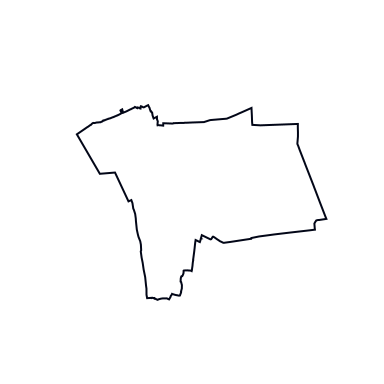 Elburg, Gelderland, Netherlands (Albers equal-area conic projection), rotated 302°
{"feature_id": "6326949B24126125821368", "entity_name": "Elburg", "entity_type": "district", "adm_level": 2, "iso_a3": "NLD", "parent_name": "Netherlands", "parent_adm1": "Gelderland", "projection": "albers", "projection_center": [5.826, 52.416], "detail": "fine", "context": "isolated", "style": "outline", "palette": "ink", "viewbox_px": 384, "rotation_deg": 302, "n_neighbors": 0, "source": "geoboundaries", "source_scale": "gbopen_adm2", "svg_char_len": 5341}
<svg xmlns="http://www.w3.org/2000/svg" viewBox="0 0 384 384"><g transform="rotate(302 192 192)"><path d="M240.4,320.2L242.2,317.7L250.9,306.1L259.4,294.9L260.2,293.8L261.6,292.0L269.8,281.0L275.6,273.2L277.0,271.4L277.5,270.7L277.8,270.2L278.3,269.7L278.6,269.2L279.0,268.7L284.9,260.8L285.7,259.8L286.7,258.5L287.2,257.9L288.6,255.9L289.1,255.6L295.1,252.5L298.8,250.2L301.8,248.2L303.5,247.1L305.0,246.2L305.8,245.7L284.8,214.7L283.1,211.6L280.9,207.6L283.3,205.8L288.2,202.5L294.8,197.9L289.6,194.4L285.6,191.7L283.6,190.3L281.1,188.7L272.7,182.7L271.2,180.8L271.1,180.6L263.3,170.2L262.5,169.2L261.8,168.6L258.0,165.4L257.7,165.2L250.7,154.8L250.0,153.8L247.8,150.6L247.2,149.6L246.7,148.9L246.4,148.7L245.1,146.7L244.8,146.1L242.6,142.9L241.9,141.8L240.6,140.0L240.6,139.9L239.9,139.5L238.5,137.1L235.1,131.2L233.0,132.4L232.6,131.6L232.2,130.6L232.0,130.2L231.5,129.4L230.7,127.6L230.4,127.4L230.6,127.2L231.2,126.8L231.9,126.5L232.8,126.0L233.6,125.7L234.3,124.9L235.1,123.8L235.4,123.6L237.2,122.4L234.0,120.5L234.7,119.6L236.2,117.8L236.5,117.6L238.0,116.3L237.9,116.2L238.5,115.1L238.8,114.5L238.7,114.4L238.5,114.2L239.5,112.9L239.7,112.7L240.0,112.3L240.8,111.5L241.0,111.1L241.5,110.2L242.0,109.4L242.4,108.8L241.5,108.2L240.5,107.6L238.4,106.4L238.1,106.0L238.0,105.8L238.0,105.7L237.9,104.7L237.9,104.0L237.9,103.9L237.6,103.2L235.5,104.1L235.3,103.4L235.8,103.2L235.7,103.0L235.6,102.7L235.0,101.6L234.8,100.9L234.6,100.9L234.4,101.0L234.1,101.1L234.0,100.7L234.0,100.0L234.0,99.3L233.9,98.5L233.5,98.4L232.9,98.2L231.5,97.3L230.9,96.9L230.4,96.6L229.8,96.3L229.5,96.0L226.5,94.2L225.7,93.7L224.8,93.1L223.5,92.1L223.1,91.9L222.7,91.6L225.1,89.0L223.9,88.3L223.7,88.5L223.2,88.2L222.9,88.6L221.6,90.5L221.2,90.3L220.9,90.2L220.7,90.1L220.3,89.9L218.1,88.6L217.9,88.5L217.6,88.1L217.3,88.1L216.7,87.6L216.3,87.3L215.9,87.1L215.6,86.8L215.3,86.6L215.0,86.4L214.8,86.2L214.4,86.0L214.1,85.9L213.9,85.6L213.6,85.4L213.4,85.3L213.3,85.2L213.1,84.9L212.7,84.7L211.3,83.7L211.1,83.5L210.9,83.4L210.7,83.1L210.4,82.9L210.1,82.6L209.9,82.4L209.8,82.2L209.4,82.1L209.2,81.9L208.5,81.3L208.4,81.2L208.2,81.1L207.8,80.8L207.5,80.6L207.4,80.5L207.2,80.2L206.9,80.1L206.7,80.0L206.6,79.9L206.4,79.9L206.0,79.5L206.0,79.3L205.9,79.1L205.8,78.9L205.7,78.8L205.3,78.7L205.2,78.7L205.0,78.8L204.9,78.8L204.8,78.7L204.7,78.6L204.4,78.5L204.2,78.5L203.8,78.2L203.6,77.9L203.4,77.8L203.0,77.7L202.9,77.6L202.6,77.4L202.2,76.8L202.0,76.4L201.9,76.3L201.2,75.5L200.9,75.1L200.8,74.8L200.5,74.4L199.2,73.2L198.7,72.6L198.5,72.2L198.4,72.0L198.3,71.7L198.2,71.6L197.9,71.4L197.7,71.3L197.4,71.2L197.0,71.0L196.5,70.9L196.2,70.8L195.7,70.8L195.4,70.7L195.2,70.6L194.9,70.3L194.7,70.2L194.1,70.0L193.4,69.7L192.3,69.3L191.9,69.0L179.9,63.8L158.6,104.2L167.7,116.4L150.4,143.1L153.0,144.8L151.0,147.4L146.8,151.0L146.1,152.1L143.3,155.4L139.7,158.4L137.7,159.8L130.9,165.1L127.4,168.5L125.6,170.4L122.8,174.2L120.2,176.6L115.6,179.8L114.5,180.0L109.6,184.1L105.8,187.7L100.6,192.1L95.0,197.4L88.3,202.6L85.9,204.6L80.7,207.9L78.2,210.2L79.8,212.4L79.8,212.5L80.1,212.9L80.3,213.1L80.5,213.3L80.6,213.7L80.6,213.8L80.9,213.9L81.2,214.3L81.3,214.4L81.3,214.5L81.3,214.8L81.4,215.0L81.5,215.2L81.7,215.5L81.9,215.8L81.8,216.1L82.0,216.1L82.2,216.3L82.2,216.5L82.0,216.8L81.8,216.8L81.8,217.0L81.9,217.4L82.1,217.9L82.1,218.5L82.2,219.0L82.3,219.4L82.4,219.6L82.3,219.8L82.7,220.1L82.8,220.3L83.0,220.4L83.6,220.8L84.0,221.2L84.2,221.4L84.3,221.5L84.9,222.0L85.2,222.3L85.6,222.8L86.2,223.5L87.8,226.0L88.1,226.5L88.4,226.9L88.5,227.2L88.6,228.6L88.7,229.0L88.8,229.5L89.0,229.5L90.4,229.4L91.4,229.4L91.8,229.3L92.4,229.1L92.5,229.1L93.0,229.1L93.6,229.2L94.0,229.2L95.0,229.1L95.0,229.3L95.3,230.2L95.7,231.8L95.8,232.1L96.3,233.6L96.5,233.8L96.9,235.2L97.0,235.4L97.1,235.6L97.3,236.0L97.5,236.3L97.8,236.6L99.3,236.3L100.9,236.0L101.9,235.5L101.9,235.4L104.1,234.7L104.6,234.6L105.8,233.9L107.5,232.9L108.0,232.5L108.1,232.4L108.3,232.1L108.7,231.7L109.2,231.2L109.4,231.0L109.7,230.7L109.9,230.5L110.0,230.3L109.9,230.2L109.9,229.9L110.0,229.8L110.1,229.7L110.7,229.4L112.5,228.4L112.9,228.2L113.9,227.9L114.1,227.8L114.8,227.7L114.9,227.8L115.0,227.8L115.1,228.0L115.3,228.2L115.4,228.3L115.6,228.3L116.0,228.3L116.9,228.2L117.8,228.0L118.2,228.0L118.3,227.9L118.5,227.8L118.7,227.7L119.5,227.4L120.7,226.6L120.8,226.6L121.1,226.7L121.2,226.9L121.8,227.6L122.2,228.2L122.3,228.4L122.4,228.5L122.9,229.4L123.1,229.7L123.3,229.9L123.4,230.0L123.5,230.5L123.9,231.2L124.0,231.4L124.3,231.8L124.5,232.2L124.6,232.7L124.7,233.1L124.8,233.3L124.8,233.6L125.5,233.4L127.2,232.6L129.5,231.6L132.3,230.2L134.8,229.1L135.0,229.1L135.2,228.8L136.6,228.2L141.0,226.2L141.9,225.8L142.3,225.6L143.4,225.1L144.4,224.6L145.3,224.2L149.6,222.1L151.1,221.4L153.2,220.5L153.5,223.0L153.5,223.7L153.7,225.2L154.9,224.9L156.9,224.3L157.1,224.2L157.2,224.3L157.2,224.2L160.6,223.2L161.6,232.7L161.9,233.0L162.2,233.3L165.0,233.3L165.3,233.5L165.4,234.2L165.4,235.4L165.2,238.5L165.2,240.6L165.1,241.0L165.1,241.8L165.2,242.6L165.3,243.2L165.5,245.4L165.6,245.6L166.0,246.2L166.2,246.5L166.5,246.8L169.9,250.9L180.3,263.0L183.7,267.0L184.4,266.7L189.8,272.4L196.4,280.4L199.4,284.0L203.1,288.6L209.6,296.7L221.7,311.9L225.2,316.2L226.3,315.3L230.1,312.5L232.0,312.4L233.8,312.5L235.1,313.8L235.5,314.5L240.4,320.2Z" fill="none" stroke="#020617" stroke-width="2"/></g></svg>